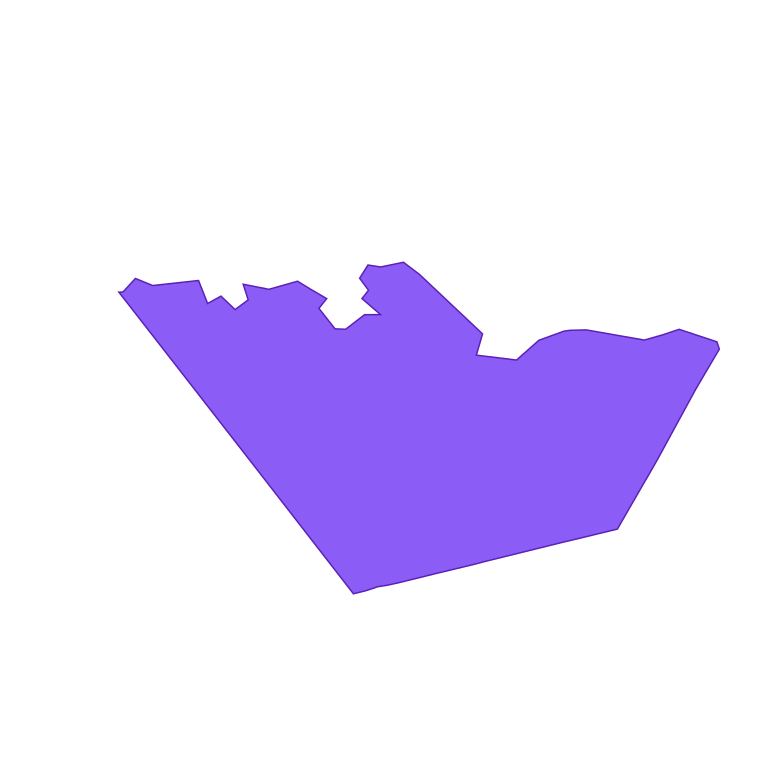 outline of Marlboro, South Carolina, United States of America, rotated 119°
{"feature_id": "52423323B54358685786571", "entity_name": "Marlboro", "entity_type": "district", "adm_level": 2, "iso_a3": "USA", "parent_name": "United States of America", "parent_adm1": "South Carolina", "projection": "equal_earth", "projection_center": [-79.706, 34.552], "detail": "fine", "context": "isolated", "style": "filled", "palette": "violet", "viewbox_px": 768, "rotation_deg": 119, "n_neighbors": 0, "source": "geoboundaries", "source_scale": "gbopen_adm2", "svg_char_len": 975}
<svg xmlns="http://www.w3.org/2000/svg" viewBox="0 0 768 768"><g transform="rotate(119 384 384)"><path d="M582.3,309.0L574.3,300.4L573.1,299.2L572.9,299.0L567.0,293.5L564.6,291.5L558.3,283.4L549.4,273.4L525.7,247.9L524.7,246.8L514.7,235.9L496.7,216.3L490.8,210.2L433.5,148.5L431.4,146.1L397.7,109.5L387.2,109.4L385.5,109.3L383.3,109.3L341.4,108.6L340.7,108.5L317.9,108.2L317.2,108.2L237.8,108.8L220.8,108.4L191.4,107.6L191.2,107.6L190.9,107.6L185.7,113.3L193.1,152.4L205.8,164.0L219.4,177.7L238.6,233.3L246.9,247.4L250.5,252.2L270.6,269.7L298.8,279.7L314.0,317.2L292.4,322.1L271.0,405.9L268.1,426.0L283.3,443.7L287.7,455.7L303.3,456.6L309.5,443.0L320.0,444.7L325.0,420.7L332.8,434.6L354.7,444.1L359.5,453.6L349.4,477.6L337.1,475.5L336.7,494.3L336.0,509.4L357.0,530.6L365.0,555.5L376.3,543.6L391.1,550.3L386.2,569.2L399.1,577.3L383.4,596.4L410.0,634.0L412.2,652.6L430.1,656.9L432.2,660.4L517.9,459.4L582.3,309.0Z" fill="#8b5cf6" stroke="#5b21b6" stroke-width="1.5"/></g></svg>